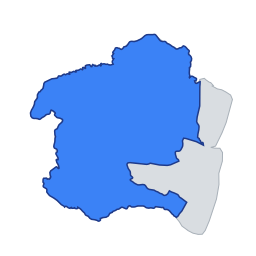 Sipaliwini on a map of Suriname (Albers equal-area conic projection), rotated 99°
{"feature_id": "SUR-69", "entity_name": "Sipaliwini", "entity_type": "District", "adm_level": 1, "iso_a3": "SUR", "parent_name": "Suriname", "parent_adm1": "", "projection": "albers", "projection_center": [-55.917, 3.687], "detail": "fine", "context": "in_parent", "style": "filled", "palette": "blue", "viewbox_px": 256, "rotation_deg": 99, "n_neighbors": 0, "source": "natural_earth", "source_scale": "10m", "svg_char_len": 7955}
<svg xmlns="http://www.w3.org/2000/svg" viewBox="0 0 256 256"><g transform="rotate(99 128 128)"><path d="M216.5,59.3L212.5,62.7L208.2,67.5L202.5,75.7L202.8,78.3L201.5,80.4L201.2,84.1L201.6,88.3L203.1,91.0L203.8,96.2L202.7,100.8L203.1,103.5L204.3,107.8L205.2,112.4L205.1,114.2L206.5,115.7L207.8,117.2L207.4,121.3L211.9,128.5L214.7,131.7L218.7,134.8L220.1,137.8L222.4,141.4L223.8,141.8L224.5,143.3L223.8,146.1L223.6,150.0L221.1,154.5L215.2,162.8L214.5,164.7L216.0,171.6L215.2,177.2L214.9,179.9L212.0,184.9L205.1,196.9L201.1,199.0L198.7,202.5L197.2,202.5L195.5,202.9L194.9,203.3L192.8,203.3L191.1,201.7L190.8,199.9L189.9,197.8L187.8,197.2L183.8,198.0L182.6,197.4L180.2,195.2L178.2,192.8L177.7,190.5L176.4,190.7L173.4,192.8L171.3,193.2L169.7,192.7L167.8,192.8L163.2,195.1L160.4,195.6L158.5,197.9L145.5,199.0L142.1,199.6L134.3,195.6L132.3,194.3L131.3,194.1L130.5,194.4L129.6,195.2L128.3,200.2L127.2,201.5L125.1,202.6L123.2,204.6L122.8,206.6L125.8,207.6L128.3,211.3L131.1,214.3L133.3,217.0L133.0,220.0L132.6,224.2L131.0,225.6L128.4,226.3L118.5,224.3L111.0,222.5L107.8,222.1L106.4,221.6L104.5,220.0L102.6,218.6L99.5,218.1L95.9,217.1L93.2,213.4L90.4,208.1L89.4,205.7L87.3,203.3L85.1,200.1L84.5,197.1L82.9,194.5L82.0,193.6L80.8,189.9L80.5,188.6L79.9,188.4L79.0,187.2L77.3,183.3L76.9,182.3L76.1,182.0L74.1,179.3L72.5,178.3L72.0,176.9L72.1,173.1L71.2,171.2L71.0,167.6L70.9,166.2L70.1,164.6L68.7,163.5L68.5,160.9L68.2,154.5L67.5,153.4L61.8,153.5L61.2,154.1L58.7,154.5L55.9,154.6L53.4,153.7L51.3,152.6L50.8,151.2L51.2,146.7L47.8,143.4L42.5,139.2L40.9,133.9L39.0,130.6L33.1,123.7L32.1,118.9L32.1,115.6L34.1,112.5L37.0,107.2L38.2,102.3L39.1,99.7L40.6,96.4L42.0,92.1L40.9,89.4L39.2,86.8L38.6,84.8L40.3,82.0L42.1,80.0L44.0,79.7L46.5,78.5L48.4,76.8L51.3,76.3L55.0,76.1L62.5,76.1L66.4,75.4L67.6,74.0L67.4,71.3L69.3,68.9L71.3,67.9L72.1,67.1L72.2,66.2L71.7,65.4L70.9,64.8L68.8,64.7L67.0,60.4L68.2,58.6L69.9,55.2L70.3,53.3L72.8,50.3L73.4,51.3L75.4,45.8L75.6,41.4L77.1,37.0L79.4,31.8L83.5,29.3L107.3,31.9L118.2,34.4L132.2,38.7L134.2,43.2L134.3,38.7L133.6,34.1L137.4,30.8L145.9,29.6L158.6,31.2L169.6,29.3L184.4,29.5L207.0,33.2L217.1,35.7L221.3,38.0L222.1,42.1L221.7,47.4L220.0,52.5L216.5,59.3Z" fill="#d9dde1" stroke="#a8b0b8" stroke-width="1"/><path d="M220.3,156.6L218.7,157.7L217.4,159.7L215.7,161.8L215.1,162.8L214.1,165.2L215.2,165.1L215.7,165.8L215.8,166.8L215.7,167.8L215.2,168.2L215.1,168.5L215.7,169.0L216.1,170.8L215.9,171.1L215.3,171.4L215.6,172.1L216.1,172.7L216.4,172.7L216.4,173.4L216.0,174.8L215.2,176.1L215.0,177.1L215.1,177.4L216.0,178.3L215.5,178.6L215.2,179.0L214.1,181.9L210.6,186.6L208.9,190.0L207.1,194.7L206.3,195.8L204.1,198.1L203.5,198.3L201.7,198.4L200.8,199.0L199.5,202.2L199.0,202.6L198.0,202.7L196.4,202.3L195.7,202.4L195.0,203.3L194.1,203.6L192.3,203.8L191.3,203.7L190.8,203.4L190.6,202.0L190.2,201.0L190.5,200.1L191.1,199.9L191.2,199.7L190.8,198.6L190.8,197.6L190.0,197.1L188.9,196.7L188.1,196.7L186.6,197.5L184.2,198.2L182.4,197.6L177.7,193.0L177.5,192.6L177.7,192.0L178.6,191.0L178.9,190.4L178.7,189.9L177.8,190.0L175.9,190.8L174.9,191.4L173.1,192.9L171.0,193.9L170.6,193.9L170.2,193.5L170.4,192.6L170.2,192.1L168.6,192.3L164.8,195.2L163.7,195.1L163.1,194.4L162.4,194.2L161.5,194.2L160.7,194.6L159.9,195.3L159.5,197.1L159.1,197.8L157.8,198.4L156.1,198.4L154.2,198.2L152.5,198.1L149.8,198.4L147.9,198.2L146.1,199.1L142.4,200.0L141.4,199.8L140.9,199.4L140.0,198.0L139.6,197.7L136.2,196.9L135.4,196.5L132.9,194.4L131.8,193.8L130.7,193.7L130.1,193.9L129.8,194.1L129.4,195.0L128.9,197.0L128.9,199.1L128.7,199.9L126.9,202.4L126.4,202.6L125.8,202.6L125.0,202.1L124.4,202.3L123.8,203.0L123.0,204.4L122.5,205.8L122.3,206.7L122.9,207.0L125.0,207.2L125.8,207.4L126.7,208.2L127.2,210.1L127.8,211.1L129.5,212.3L131.2,214.5L132.8,215.9L133.2,216.5L133.3,217.1L132.9,218.5L133.0,220.6L133.3,222.5L133.0,224.2L131.5,225.8L128.4,226.7L125.4,226.1L122.4,224.9L119.3,224.1L117.1,224.3L116.3,224.2L112.8,222.3L111.9,222.2L109.6,222.7L108.9,222.5L106.4,221.6L106.0,220.6L105.6,220.3L104.6,219.9L103.8,219.4L103.6,219.0L101.8,218.0L97.1,218.0L95.8,217.4L91.3,210.9L90.1,206.4L89.5,205.5L87.6,204.8L87.3,204.4L87.4,202.7L86.8,201.6L85.2,200.2L84.8,199.3L85.2,198.1L85.0,197.7L84.2,196.9L83.8,195.9L84.2,194.4L83.8,193.9L82.8,194.6L82.2,194.9L81.9,194.4L82.1,192.8L82.0,192.5L80.6,190.6L80.6,189.8L80.9,188.7L80.6,188.0L79.6,188.6L79.2,188.3L78.9,186.4L78.5,185.6L77.3,184.3L77.0,183.7L77.5,182.6L77.6,182.1L77.2,181.8L75.4,182.2L75.1,181.3L75.9,179.6L75.6,179.3L73.6,179.9L73.0,179.7L72.7,178.8L72.3,178.6L71.5,175.7L72.7,174.6L73.2,174.0L73.0,173.3L71.4,173.1L70.8,172.7L71.4,171.7L71.2,170.3L71.3,170.2L72.0,170.2L71.8,168.7L71.4,167.6L70.6,166.9L70.1,166.0L70.9,164.6L70.6,164.3L69.8,164.9L69.4,165.0L68.9,165.0L68.4,164.6L68.8,163.9L68.9,163.3L68.3,161.7L68.6,159.6L68.1,158.2L68.5,157.3L68.6,155.7L68.5,155.0L67.3,152.6L65.8,153.7L64.5,154.0L61.8,152.9L61.8,153.8L61.5,154.2L60.2,154.5L59.4,155.2L59.1,154.8L58.1,154.5L57.2,154.0L56.6,153.8L56.1,154.8L55.7,154.8L55.1,154.7L52.9,153.4L51.1,153.0L50.7,152.5L50.4,151.5L50.7,149.9L50.6,149.0L51.4,147.6L51.4,146.8L50.7,145.9L49.4,145.1L48.6,144.9L48.0,143.6L47.5,142.5L45.7,141.3L43.4,140.3L42.6,139.8L42.1,138.9L41.8,137.9L41.7,135.8L41.5,134.9L40.5,132.7L38.1,129.2L37.3,128.3L34.2,125.8L33.1,124.4L32.6,122.7L32.0,118.6L31.4,116.6L31.5,115.6L32.2,114.6L36.3,110.4L36.8,109.6L37.1,108.6L37.2,107.5L36.7,105.2L36.9,104.3L38.4,102.4L38.7,100.8L39.6,98.7L40.4,97.4L41.2,94.9L42.0,93.7L42.4,92.9L42.4,92.0L42.1,91.2L40.8,89.5L40.2,87.6L38.6,86.6L38.2,86.0L38.6,84.4L39.3,83.3L40.8,81.6L41.8,80.0L42.2,79.6L42.7,79.5L44.3,80.0L45.4,79.8L46.0,79.4L46.7,78.0L47.9,76.8L49.5,76.0L51.3,75.9L53.2,76.7L55.2,76.0L57.5,75.8L58.8,76.8L60.2,76.5L64.0,76.1L65.2,75.8L66.4,75.2L67.1,75.1L68.3,75.4L68.8,75.1L67.0,73.6L66.8,73.0L67.0,71.9L67.7,70.3L68.1,68.9L68.4,68.2L68.9,68.0L69.7,68.0L70.3,68.2L70.7,68.7L71.0,69.6L72.5,68.9L73.1,68.3L73.3,67.7L72.9,66.7L71.4,64.8L71.0,64.0L73.4,63.7L76.1,63.5L95.1,60.6L106.4,61.4L110.9,61.2L112.3,60.4L114.1,58.7L114.8,58.3L115.8,58.0L118.5,57.8L123.2,58.0L126.0,57.8L126.5,57.7L127.3,56.0L128.2,55.8L129.1,54.6L131.0,53.5L131.1,53.1L130.6,52.2L130.7,51.8L131.3,51.4L133.2,50.8L130.8,58.3L129.3,69.1L129.4,71.5L132.1,72.2L132.6,72.1L134.9,71.4L137.0,71.2L138.0,71.3L141.0,72.3L142.1,72.9L142.6,73.5L142.9,74.0L143.2,75.8L143.6,76.9L144.1,77.3L144.6,77.5L146.7,77.0L150.1,75.4L150.6,75.0L150.9,74.1L151.7,73.1L152.8,72.6L157.6,80.1L158.2,81.6L158.8,83.4L159.6,91.1L159.3,100.6L159.9,101.3L160.5,102.4L161.0,103.8L161.9,120.6L162.3,122.1L162.5,122.6L163.4,123.2L164.4,123.3L164.9,123.1L167.9,121.5L170.4,119.2L171.0,118.9L172.0,118.6L174.0,118.2L174.5,117.9L175.8,116.0L176.1,115.7L176.5,115.6L176.9,115.8L177.4,116.2L178.2,117.5L178.7,117.7L179.1,117.6L179.5,117.2L180.3,115.1L181.5,113.0L182.6,109.7L182.5,108.2L181.5,104.6L181.5,103.0L182.1,101.8L183.7,100.4L184.6,99.4L185.1,98.3L185.3,97.2L185.3,92.5L186.1,90.6L186.5,88.5L187.5,86.3L187.8,84.1L188.9,82.1L188.8,81.1L188.1,79.7L186.8,78.5L183.6,77.3L184.4,75.0L184.9,72.3L185.9,68.7L186.1,68.3L186.4,67.9L188.1,66.4L188.4,66.0L189.0,64.4L192.2,58.4L201.5,61.8L204.8,63.9L206.5,64.5L207.6,65.1L208.7,66.3L208.2,67.0L207.6,68.9L206.6,69.8L206.1,70.9L203.5,73.8L202.7,75.2L202.3,76.8L202.7,78.7L202.6,79.4L201.1,80.5L200.9,81.0L201.3,82.1L201.3,88.0L201.4,88.6L202.8,89.3L203.3,90.2L203.2,93.0L203.8,94.6L203.9,95.1L203.9,97.1L203.7,97.9L202.8,99.6L202.6,100.8L203.4,106.0L204.9,109.0L205.3,111.0L205.4,112.2L204.5,113.9L204.7,114.7L205.3,115.4L205.9,115.8L207.5,116.2L208.0,116.6L208.1,117.6L207.2,120.7L207.2,121.8L207.7,122.6L209.3,124.1L209.6,124.6L210.1,126.2L211.4,127.5L212.6,129.7L213.5,130.2L213.7,130.6L213.9,130.5L214.7,132.0L215.1,132.6L216.0,133.0L217.6,133.5L218.1,133.8L219.6,135.8L220.5,139.2L221.6,140.9L221.7,141.2L223.2,140.8L223.6,141.0L224.3,141.7L224.6,142.3L224.5,143.0L224.1,144.1L223.8,146.1L223.9,149.7L223.1,151.6L221.4,153.4L220.8,155.8L220.3,156.6Z" fill="#3b82f6" stroke="#1e3a8a" stroke-width="1.5"/></g></svg>